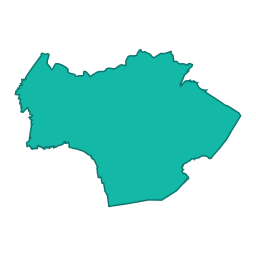 Yurécuaro, Michoacán, Mexico
{"feature_id": "50627088B45879442922010", "entity_name": "Yurécuaro", "entity_type": "district", "adm_level": 2, "iso_a3": "MEX", "parent_name": "Mexico", "parent_adm1": "Michoacán", "projection": "robinson", "projection_center": [-102.23, 20.294], "detail": "fine", "context": "isolated", "style": "filled", "palette": "teal", "viewbox_px": 256, "rotation_deg": 0, "n_neighbors": 0, "source": "geoboundaries", "source_scale": "gbopen_adm2", "svg_char_len": 5580}
<svg xmlns="http://www.w3.org/2000/svg" viewBox="0 0 256 256"><path d="M42.4,53.2L42.2,53.4L41.3,53.9L41.2,54.9L41.3,55.6L40.1,57.0L30.2,70.6L25.7,77.5L25.8,79.1L23.9,79.3L24.0,80.1L21.7,79.5L22.3,82.5L22.2,82.7L20.5,83.8L22.2,85.0L19.4,85.9L19.6,88.5L17.9,88.2L18.1,89.1L17.2,89.4L17.0,91.2L15.9,91.3L15.4,94.4L19.6,95.0L18.5,98.8L20.5,99.0L20.2,100.9L20.0,101.1L20.1,101.7L19.7,103.8L21.2,104.1L20.9,106.1L21.3,106.3L21.4,106.5L21.1,107.9L21.7,107.9L21.4,110.3L21.0,111.7L22.9,112.3L27.2,107.8L27.7,107.7L28.8,110.9L29.1,110.9L29.3,111.5L30.1,111.8L29.9,114.3L32.5,115.4L31.0,117.4L30.0,116.7L29.1,117.4L30.1,118.5L30.2,118.9L32.0,119.9L31.9,120.9L31.3,120.8L31.2,121.0L31.2,122.9L31.4,123.3L31.4,124.0L31.5,124.7L32.1,124.6L31.4,125.5L31.0,128.5L29.6,137.2L30.8,137.5L30.7,137.8L30.6,138.2L29.6,138.0L29.1,140.9L26.6,142.8L27.1,146.6L29.6,145.6L29.9,146.4L30.8,147.4L31.2,147.7L31.2,148.3L31.5,148.3L32.0,148.1L32.3,148.4L32.1,149.1L32.4,149.1L32.6,148.4L33.1,148.7L33.6,148.8L34.2,148.4L35.1,148.8L35.6,148.5L35.7,148.1L36.2,148.1L36.8,148.6L37.4,148.5L37.5,148.3L37.4,148.1L37.6,147.0L37.3,146.5L38.2,145.3L38.7,145.4L38.7,146.1L39.1,146.4L39.7,146.2L40.0,146.3L40.2,146.9L40.9,146.6L41.2,147.1L41.9,147.5L42.4,148.0L43.0,148.2L43.4,148.7L43.6,148.5L44.1,148.5L44.4,149.1L44.7,149.1L44.8,149.0L44.6,147.8L44.7,147.4L45.3,147.7L45.9,146.8L46.6,146.9L47.0,148.0L47.3,147.6L48.0,147.6L48.3,147.1L48.7,147.0L49.0,147.6L49.2,148.4L49.7,148.3L49.9,148.1L49.5,147.9L49.5,147.6L49.9,146.5L50.3,146.5L51.4,146.7L51.7,147.1L51.9,147.0L51.9,146.4L52.7,146.1L53.1,146.2L53.5,147.1L53.6,146.7L54.2,146.4L54.5,147.3L54.8,147.1L55.3,147.3L56.9,146.6L58.2,145.6L58.8,145.3L59.6,145.5L63.0,144.1L63.7,142.4L64.5,141.5L64.7,141.4L65.3,141.6L65.0,143.2L66.5,143.4L67.9,142.1L68.8,143.8L69.2,144.4L69.0,146.8L69.1,147.1L69.4,147.3L71.4,147.7L73.6,148.5L75.3,148.6L76.4,148.9L83.0,151.0L87.8,153.9L87.6,154.2L91.2,155.7L90.9,156.5L90.9,156.8L91.2,157.0L91.8,157.3L91.9,157.6L91.7,158.0L91.8,158.3L92.1,158.6L92.7,158.7L93.4,159.6L94.3,159.9L97.7,167.3L97.1,167.7L96.9,168.1L97.5,171.1L97.2,172.1L97.7,173.2L97.7,174.6L97.9,175.0L98.4,175.4L98.1,176.9L98.2,177.3L99.9,177.8L100.3,177.3L100.5,177.3L100.8,177.2L101.4,177.4L101.7,177.9L101.4,178.8L101.5,180.0L101.7,181.7L102.1,183.1L102.3,183.3L103.6,183.2L104.2,186.2L105.0,191.3L105.3,191.8L105.7,191.9L106.8,194.7L107.4,194.6L108.9,206.4L126.0,203.9L148.5,199.9L161.7,200.1L176.5,190.7L181.8,184.9L183.7,183.1L185.0,182.1L184.9,180.8L185.8,180.8L186.6,180.6L186.6,178.7L187.2,179.0L188.5,178.9L188.5,177.3L187.3,176.1L186.3,174.6L186.0,174.4L185.7,174.1L184.7,173.4L184.0,173.8L183.6,173.8L182.8,172.6L181.9,171.6L182.1,171.5L182.0,171.0L183.4,169.6L182.9,169.4L182.2,168.1L182.2,167.8L181.6,167.4L183.3,165.8L182.6,164.9L183.6,164.0L183.9,164.1L184.1,163.9L184.3,163.5L184.7,163.1L185.6,163.2L185.9,163.1L188.3,161.4L190.2,160.6L190.5,160.2L190.7,159.4L191.3,159.1L191.8,159.1L192.7,158.7L193.6,158.7L194.0,158.8L194.5,159.4L194.7,158.7L196.8,158.2L197.9,157.7L199.1,157.7L199.6,157.5L200.4,156.6L200.8,156.3L201.3,156.1L203.0,155.9L204.3,155.6L204.4,155.8L206.9,156.4L208.1,157.1L209.1,158.4L209.4,158.6L211.4,158.2L212.0,156.8L219.6,148.2L223.1,143.7L225.8,140.4L227.8,137.3L231.3,131.1L240.6,115.9L239.1,113.2L229.8,107.2L226.8,105.6L225.7,105.5L225.0,105.1L220.3,101.8L205.2,92.0L206.5,90.1L204.5,90.7L203.9,90.5L203.9,89.9L203.1,90.0L202.4,89.8L200.2,88.5L199.0,87.6L198.0,86.0L197.2,84.4L196.9,83.6L197.6,82.7L195.6,82.3L194.8,81.5L194.6,82.2L193.2,82.1L193.6,82.0L193.6,81.2L192.7,80.9L192.8,81.0L191.3,81.9L190.4,80.1L189.8,80.2L189.4,80.6L189.2,81.3L188.3,81.0L188.4,80.9L186.7,80.7L185.8,81.2L185.1,81.2L184.8,81.9L184.3,82.0L184.4,82.4L183.5,83.0L182.9,83.5L181.9,85.4L181.0,84.8L180.8,84.9L180.5,85.5L180.2,83.4L180.7,82.6L181.2,83.0L184.5,75.0L184.0,75.5L184.3,74.9L185.8,73.8L189.2,70.5L186.7,71.5L189.4,69.0L189.8,68.0L190.1,67.7L190.6,67.5L191.3,67.0L192.1,65.9L192.5,65.0L192.4,64.6L189.8,63.5L187.9,64.1L187.7,65.2L186.0,64.7L185.4,64.4L183.9,63.8L180.8,63.9L179.3,63.8L178.4,63.2L176.9,61.6L176.6,61.4L173.8,61.4L173.4,60.7L173.6,60.0L173.6,59.3L173.1,57.9L173.2,57.3L173.0,55.6L172.8,55.1L172.4,54.6L171.0,53.8L170.9,52.8L170.9,52.4L171.1,52.2L171.3,52.1L171.3,51.9L171.0,51.4L166.0,53.2L164.7,53.5L163.1,53.6L161.9,53.4L161.0,53.4L160.0,53.9L159.0,54.8L158.1,55.1L156.2,56.3L155.0,57.2L153.7,57.5L153.0,57.4L152.2,56.8L150.3,54.5L149.0,53.7L146.8,52.9L145.5,51.9L145.0,51.7L143.5,52.1L142.4,52.0L141.9,51.8L141.7,51.6L141.2,51.0L140.9,49.8L140.7,49.6L140.4,49.7L139.7,50.1L138.9,51.0L138.3,51.7L137.6,53.0L136.9,54.9L136.5,55.4L135.4,55.7L133.5,55.9L129.7,55.8L127.9,56.9L126.1,60.3L125.9,61.5L125.9,64.4L125.8,64.9L125.5,65.5L124.8,65.6L122.4,64.9L120.7,65.0L119.2,65.7L116.0,68.1L114.5,68.8L112.7,68.7L110.2,68.2L108.9,68.2L107.8,68.4L106.8,68.8L106.0,69.4L105.3,70.4L104.6,71.2L104.2,71.5L101.3,71.4L99.5,71.6L97.8,71.9L96.8,72.4L94.1,74.0L92.0,75.3L91.1,76.2L90.2,76.6L89.7,76.5L89.6,76.3L89.6,75.7L89.3,75.3L86.8,72.6L85.8,71.7L84.8,71.4L84.0,71.5L83.8,71.7L83.6,72.1L83.7,73.9L83.6,74.6L83.5,75.1L82.8,75.9L81.1,75.8L79.5,75.6L77.1,76.3L76.0,76.3L75.5,76.2L75.3,76.0L75.2,75.8L75.1,75.0L74.4,74.4L72.2,73.8L70.2,73.4L69.7,73.2L68.3,72.3L68.0,71.8L68.1,70.7L67.8,69.1L67.5,68.7L65.1,66.7L64.2,66.4L62.7,65.4L62.0,65.0L59.7,64.2L57.5,63.7L55.9,63.7L55.4,64.1L55.1,64.4L52.9,68.7L52.5,69.2L51.8,69.7L51.5,69.7L51.2,69.6L50.8,68.9L50.5,67.9L50.1,67.1L47.5,64.1L47.2,63.7L47.1,63.2L47.3,60.7L48.9,55.3L48.9,54.5L48.5,54.0L47.7,53.8L45.9,54.3L44.1,54.1L42.4,53.2Z" fill="#14b8a6" stroke="#0f766e" stroke-width="1.5"/></svg>